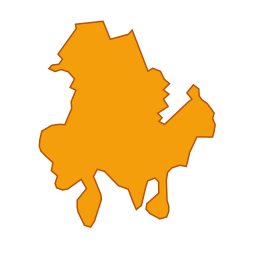 outline of Novo Tiradentes, Rio Grande do Sul, Brazil, rotated 97°
{"feature_id": "56859067B80208552763127", "entity_name": "Novo Tiradentes", "entity_type": "district", "adm_level": 2, "iso_a3": "BRA", "parent_name": "Brazil", "parent_adm1": "Rio Grande do Sul", "projection": "robinson", "projection_center": [-53.157, -27.557], "detail": "fine", "context": "isolated", "style": "filled", "palette": "amber", "viewbox_px": 256, "rotation_deg": 97, "n_neighbors": 0, "source": "geoboundaries", "source_scale": "gbopen_adm2", "svg_char_len": 1298}
<svg xmlns="http://www.w3.org/2000/svg" viewBox="0 0 256 256"><g transform="rotate(97 128 128)"><path d="M197.5,185.4L195.8,180.3L184.7,168.2L193.1,161.8L205.8,169.6L212.9,168.8L217.9,167.1L229.9,159.3L230.9,153.0L224.4,149.9L202.3,145.7L197.5,146.8L180.2,156.4L172.7,153.3L173.9,146.0L186.4,130.5L188.8,120.2L199.9,114.5L208.0,109.8L203.2,105.3L185.3,103.3L178.1,102.1L174.4,95.1L177.6,91.1L188.9,89.5L200.9,100.1L206.3,100.2L210.2,95.9L214.3,85.3L211.6,78.8L206.1,77.4L200.9,77.9L195.3,80.4L174.9,83.6L167.2,83.3L162.2,79.6L158.6,71.9L159.1,65.5L152.9,64.7L144.5,63.8L128.4,58.5L126.7,43.0L121.2,42.1L114.1,41.9L108.4,45.1L102.6,44.4L93.9,52.5L91.1,57.9L87.5,61.3L80.6,62.5L77.2,68.4L85.9,73.9L91.6,68.1L95.6,72.0L120.0,92.2L117.7,98.1L113.7,95.4L109.8,100.4L101.7,90.8L95.0,96.3L89.4,91.4L85.8,97.6L78.9,92.2L75.2,97.9L67.8,102.7L65.7,110.8L69.2,115.1L30.3,135.8L34.9,139.0L42.1,156.4L25.1,165.8L31.4,192.7L35.8,191.5L63.3,206.5L67.6,201.4L73.1,204.4L74.8,211.0L78.7,213.8L80.8,207.3L78.1,201.4L79.6,194.0L85.8,187.1L94.8,190.4L96.8,184.3L108.8,187.6L115.4,186.3L132.4,191.1L132.7,196.6L134.8,204.2L141.6,213.2L150.6,214.1L157.1,213.8L161.5,211.6L166.1,205.9L171.5,198.3L179.7,198.9L184.2,192.2L191.9,193.6L196.0,191.6L197.5,185.4Z" fill="#f59e0b" stroke="#b45309" stroke-width="1.5"/></g></svg>